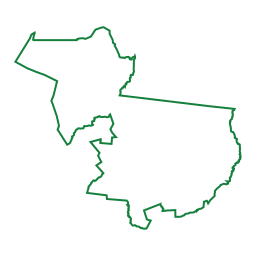 the district of Laikipia North, Rift Valley, Kenya
{"feature_id": "3690345B24506089948123", "entity_name": "Laikipia North", "entity_type": "district", "adm_level": 2, "iso_a3": "KEN", "parent_name": "Kenya", "parent_adm1": "Rift Valley", "projection": "albers", "projection_center": [36.962, 0.429], "detail": "fine", "context": "isolated", "style": "outline", "palette": "green", "viewbox_px": 256, "rotation_deg": 0, "n_neighbors": 0, "source": "geoboundaries", "source_scale": "gbopen_adm2", "svg_char_len": 5862}
<svg xmlns="http://www.w3.org/2000/svg" viewBox="0 0 256 256"><path d="M235.7,163.8L235.5,163.6L236.1,163.1L236.6,163.0L236.9,162.6L237.1,162.8L237.6,162.8L238.3,162.5L238.6,161.7L238.9,161.6L239.0,161.3L238.5,161.0L238.8,160.1L240.2,159.2L240.3,158.9L240.4,158.3L240.0,158.1L239.8,157.7L240.0,157.3L240.6,156.9L240.6,156.7L240.1,155.6L240.4,155.2L240.2,154.3L239.7,154.2L239.8,153.7L240.3,153.1L239.7,151.1L240.1,148.9L239.8,148.3L240.0,147.1L239.7,146.3L239.8,144.6L239.4,144.2L238.6,143.9L238.0,144.0L237.6,142.8L237.1,142.7L236.9,142.5L236.6,141.3L236.7,139.9L237.0,139.3L236.9,138.9L236.3,138.5L235.5,138.4L234.8,137.9L234.7,137.5L235.0,136.8L234.7,135.8L234.7,135.1L234.2,134.4L234.1,133.7L233.2,132.3L233.0,132.0L232.5,132.0L231.1,131.4L231.0,131.2L230.8,127.7L230.6,127.0L230.6,126.3L230.0,124.5L230.1,124.0L229.8,122.9L230.1,122.3L230.1,121.9L230.4,121.7L230.0,121.1L230.1,120.7L231.1,119.5L231.9,118.9L232.0,117.6L232.2,117.2L232.6,116.8L232.4,116.5L232.6,115.8L232.5,115.2L233.0,114.4L232.6,113.8L232.6,113.4L232.3,112.7L232.7,111.9L232.4,111.2L233.6,110.1L234.2,110.0L234.4,109.6L234.3,109.2L234.5,108.9L209.4,106.2L119.7,95.4L120.5,93.9L120.4,92.9L120.7,91.9L120.2,90.8L120.6,89.5L121.4,89.2L122.3,87.7L123.2,87.7L123.3,87.1L123.9,86.7L123.9,86.1L124.2,85.9L124.5,86.0L125.0,86.7L125.7,83.7L125.9,83.5L126.5,83.8L126.7,82.8L127.3,81.9L129.2,81.8L129.6,81.6L130.0,80.8L129.8,78.6L130.0,77.9L130.7,77.5L130.5,76.0L130.9,75.6L131.0,74.8L131.1,74.7L132.4,75.0L132.9,74.9L133.3,73.6L133.3,72.6L133.9,71.9L134.0,71.7L133.6,69.1L133.8,67.4L133.9,60.5L134.1,59.2L134.8,58.7L135.0,58.3L135.0,56.4L134.9,56.1L134.8,56.4L134.4,56.8L133.4,56.9L132.5,57.3L131.7,59.0L131.8,59.2L131.4,59.6L130.5,59.5L129.8,59.1L129.8,57.7L129.6,57.5L128.9,57.5L128.5,56.9L126.3,57.1L125.2,57.5L124.9,58.0L122.6,57.5L122.2,57.7L120.0,57.3L119.4,56.5L119.2,55.1L116.7,49.3L114.8,45.9L114.7,45.3L115.1,44.5L115.1,44.2L113.0,42.8L112.7,40.0L109.6,33.7L109.6,30.7L103.6,27.2L101.0,27.7L95.4,29.7L91.2,36.2L90.5,36.8L85.4,38.9L83.0,38.2L79.9,38.4L78.0,38.8L77.7,39.3L76.9,39.3L76.7,40.1L33.5,40.1L33.2,39.9L33.1,39.7L33.4,38.5L33.3,37.9L33.6,37.2L33.8,35.5L34.3,34.3L34.3,33.7L34.7,33.1L34.6,32.6L31.4,34.6L29.9,38.4L15.4,61.8L27.2,68.2L36.2,71.9L44.8,75.0L57.1,81.1L53.6,95.3L51.4,100.8L52.7,104.1L56.8,116.2L59.0,126.0L57.6,129.6L67.2,144.7L69.2,143.6L70.1,142.9L70.5,142.1L70.7,141.1L71.4,140.3L71.5,139.1L71.7,138.7L72.3,138.2L72.3,137.5L72.0,136.9L72.1,136.4L73.4,135.7L74.0,135.0L74.1,134.4L73.8,133.4L74.2,132.9L75.1,132.2L75.6,131.1L75.5,130.6L76.2,129.7L77.2,129.4L78.0,128.5L78.6,128.3L80.7,128.6L81.9,128.4L83.2,128.4L83.4,128.3L83.7,127.6L84.0,126.3L84.4,126.0L85.5,126.2L86.9,126.1L89.1,125.4L89.6,125.7L91.7,125.6L92.4,125.0L92.9,125.0L93.0,124.8L92.2,124.4L92.1,124.1L92.2,122.5L92.0,121.6L92.3,121.3L94.1,121.1L94.1,120.1L94.7,119.6L94.6,118.7L94.3,118.4L94.4,117.9L95.1,117.8L95.9,117.4L97.4,117.3L97.8,116.7L98.1,116.6L98.9,116.7L99.1,116.3L99.5,116.1L100.0,116.6L100.8,117.0L102.6,116.9L103.0,117.0L104.9,116.7L107.0,117.2L107.9,117.1L108.7,116.9L109.4,116.2L109.3,115.2L110.1,114.4L113.4,123.8L110.4,129.3L112.1,132.6L116.0,137.1L112.1,137.5L111.5,143.9L100.4,143.0L100.4,142.6L100.2,142.0L100.4,141.3L100.7,141.2L100.8,140.8L100.7,139.2L90.5,142.0L99.5,152.8L98.1,155.6L101.3,162.1L96.4,165.4L103.4,173.2L103.0,173.7L102.5,173.8L102.3,174.4L101.9,174.7L101.4,176.1L100.9,176.6L99.4,177.5L98.7,177.4L98.6,177.5L97.5,178.7L97.5,178.9L96.6,179.5L96.4,180.0L95.7,180.6L94.8,181.0L94.4,180.5L93.6,180.4L93.1,180.6L91.9,182.2L91.3,182.7L91.4,183.2L91.0,183.5L90.8,184.2L90.5,184.4L89.9,185.0L89.4,185.9L89.0,186.0L88.4,187.0L88.6,187.9L88.4,188.6L87.9,189.6L87.7,191.2L87.0,192.8L87.8,193.0L106.6,195.3L107.0,199.0L126.8,200.6L127.0,201.1L127.8,201.8L128.2,203.3L128.1,204.1L127.6,204.4L127.8,204.5L127.7,205.1L128.4,204.9L128.5,205.4L128.7,205.6L128.3,205.8L128.2,206.0L128.7,206.5L128.8,207.0L128.5,207.6L128.5,207.9L128.7,208.1L128.3,208.7L128.5,209.5L128.9,210.0L128.5,210.6L128.3,210.5L128.2,210.7L128.4,211.1L128.3,211.6L127.8,212.2L128.6,213.7L128.1,214.2L128.4,214.8L128.1,215.5L128.6,215.9L128.6,216.1L128.4,216.3L128.6,216.6L129.1,217.0L129.4,216.8L129.5,217.2L130.2,217.3L130.5,218.1L130.8,218.3L131.0,218.8L130.6,219.9L130.5,220.3L130.8,220.7L130.7,221.5L130.8,221.7L130.2,222.8L131.2,223.6L131.7,224.6L132.7,225.5L133.9,225.6L134.5,225.2L135.1,225.2L136.6,226.2L136.7,226.4L137.7,226.4L139.2,226.8L140.2,227.5L140.4,227.9L141.0,228.2L141.3,228.1L141.6,227.9L142.2,228.0L143.0,228.5L144.1,228.8L144.9,228.6L146.1,228.6L146.4,228.5L146.9,227.8L150.7,220.6L146.9,219.4L144.0,210.4L160.0,204.2L159.9,204.4L160.1,204.4L160.7,205.0L160.7,205.5L161.4,206.1L161.4,206.6L162.0,206.7L162.3,207.1L162.3,207.8L162.7,208.0L162.7,208.3L163.3,208.8L163.1,210.1L162.6,210.4L162.5,211.0L167.1,210.5L175.3,210.1L175.4,216.8L180.1,216.8L182.4,216.1L183.0,215.5L184.3,215.3L185.1,214.2L185.5,213.9L188.7,213.4L189.2,212.9L189.6,212.7L193.2,212.5L194.7,211.9L195.9,211.0L196.1,211.0L196.5,211.5L196.7,211.3L196.5,210.3L196.6,210.1L197.1,209.9L197.9,210.0L198.0,209.5L199.7,208.8L200.8,208.8L203.5,207.2L204.0,201.7L205.2,201.4L206.7,200.7L207.1,201.1L208.1,203.4L210.3,200.1L214.7,195.9L214.5,193.8L215.0,192.3L214.9,190.9L216.9,188.7L220.0,186.1L220.7,184.9L221.4,184.8L223.5,183.8L224.8,183.9L226.3,184.4L226.7,184.2L227.0,183.8L228.0,183.7L228.2,183.2L227.9,182.8L228.1,182.4L227.8,181.9L227.2,181.4L228.5,181.5L229.9,181.0L229.9,180.1L230.0,179.8L229.8,178.3L229.9,177.7L230.6,177.3L230.6,176.5L231.2,175.9L231.5,175.2L231.6,174.5L231.4,173.8L231.8,173.4L232.1,172.5L231.7,171.4L231.9,171.2L232.9,171.1L233.3,170.9L233.4,170.6L233.2,170.4L233.2,169.8L233.5,169.5L233.8,169.4L234.0,168.9L234.0,168.5L233.4,168.5L233.0,168.4L233.0,168.1L232.5,167.9L232.6,167.4L233.3,167.0L233.3,166.8L233.7,166.1L235.4,165.1L235.7,163.8Z" fill="none" stroke="#15803d" stroke-width="2"/></svg>